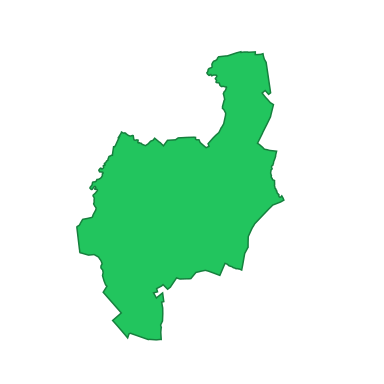 Braslavas pag., Alojas, Latvia, rotated 49°
{"feature_id": "27541924B13565408041411", "entity_name": "Braslavas pag.", "entity_type": "district", "adm_level": 2, "iso_a3": "LVA", "parent_name": "Latvia", "parent_adm1": "Alojas", "projection": "mercator", "projection_center": [24.998, 57.744], "detail": "fine", "context": "isolated", "style": "filled", "palette": "green", "viewbox_px": 384, "rotation_deg": 49, "n_neighbors": 0, "source": "geoboundaries", "source_scale": "gbopen_adm2", "svg_char_len": 5934}
<svg xmlns="http://www.w3.org/2000/svg" viewBox="0 0 384 384"><g transform="rotate(49 192 192)"><path d="M179.5,73.2L175.8,74.3L171.2,74.3L170.4,74.4L168.0,74.4L165.5,74.3L163.3,74.1L163.4,70.2L168.6,70.1L168.7,67.6L142.8,51.0L141.9,50.8L139.2,50.3L136.2,48.9L134.2,47.7L133.3,49.7L131.3,52.4L129.8,54.1L127.8,52.3L123.4,58.0L123.0,58.0L120.5,60.9L118.8,63.5L118.2,63.1L116.2,67.1L114.1,72.1L112.5,76.0L111.4,77.4L107.4,83.2L107.7,85.0L108.1,85.6L108.3,86.0L108.4,86.6L108.3,87.0L108.2,87.4L108.3,88.0L108.2,88.3L107.6,89.3L107.6,90.3L107.7,90.8L107.9,91.5L108.6,93.1L108.9,93.4L110.6,94.6L110.9,95.0L110.9,95.7L110.0,98.0L110.1,99.3L111.5,101.1L111.8,102.6L112.4,102.8L113.1,102.9L115.1,102.7L115.4,102.3L115.4,102.0L115.3,101.2L115.8,100.6L116.8,101.0L117.3,100.9L117.8,99.1L119.6,97.1L120.8,97.1L121.2,97.7L121.7,100.0L121.8,100.1L123.9,100.2L124.8,101.8L125.7,101.6L126.7,100.6L127.5,100.1L127.8,100.0L129.5,100.8L129.9,100.9L130.9,100.8L131.7,100.6L131.9,100.5L132.1,100.2L132.6,99.2L134.1,98.2L134.6,97.8L135.1,97.2L135.3,97.1L135.6,97.2L135.8,97.4L136.0,98.2L136.4,98.5L136.7,99.0L137.0,99.7L137.4,100.8L137.4,101.9L138.0,103.0L138.4,103.9L138.6,104.0L139.6,104.4L142.0,105.7L143.8,106.8L143.9,107.6L147.5,112.9L147.9,113.3L148.5,113.7L148.8,114.1L149.0,114.2L149.5,114.0L150.7,113.9L154.4,114.8L154.6,114.9L156.2,116.5L161.3,123.3L162.7,127.3L162.7,127.9L163.7,130.0L164.8,132.8L164.8,136.7L165.1,140.9L166.1,148.2L168.7,149.2L168.6,149.6L167.8,152.3L160.0,153.4L157.2,152.5L155.5,154.4L154.3,154.6L153.1,153.5L152.0,154.5L147.5,160.0L142.3,166.7L142.1,167.0L141.8,170.2L136.9,176.6L138.4,183.3L133.8,183.6L133.1,183.9L126.9,184.9L127.4,187.5L126.5,189.9L126.9,193.5L126.5,196.7L123.4,198.3L121.9,198.4L121.4,198.9L121.1,199.0L120.2,199.8L120.1,199.7L119.9,200.0L119.7,200.3L119.1,200.4L118.8,200.1L118.4,199.6L118.1,199.3L117.8,198.9L117.5,198.7L117.2,198.7L117.1,198.9L117.2,199.1L117.0,199.3L116.6,199.4L116.3,199.6L116.2,199.9L115.9,200.5L115.8,200.8L115.7,200.9L114.8,201.5L114.0,201.3L111.1,199.5L110.9,199.4L110.3,199.8L109.5,201.6L109.0,202.1L108.6,202.4L106.7,203.2L105.3,203.4L105.2,203.5L104.5,203.7L104.3,203.5L103.4,203.8L103.0,204.4L103.0,204.7L102.8,205.0L100.5,205.9L100.9,206.5L101.2,207.2L102.5,211.4L102.8,210.8L105.5,216.7L106.6,219.0L107.1,220.8L106.4,221.5L111.4,227.3L112.1,228.0L111.7,228.4L111.4,228.7L111.3,229.8L111.3,230.2L110.8,230.8L110.8,231.1L110.8,231.5L111.1,232.1L111.5,232.7L112.0,233.7L112.8,234.7L112.8,235.2L112.6,235.7L112.6,236.3L113.2,237.7L113.0,239.3L113.2,239.6L114.3,239.7L114.6,240.0L114.6,240.3L114.1,241.0L114.0,241.7L114.0,241.8L114.2,242.0L114.8,242.1L115.4,242.4L115.6,242.7L115.7,243.3L115.7,244.6L115.6,244.9L114.2,245.1L114.0,245.4L114.0,245.6L114.0,246.3L114.2,247.1L114.3,247.8L114.4,248.0L114.6,248.1L116.0,248.5L116.3,248.5L116.8,247.9L118.0,246.8L118.5,246.4L118.8,246.4L119.3,246.6L119.5,246.9L119.5,247.8L120.8,248.9L121.3,250.0L121.6,251.7L121.5,252.5L121.2,253.8L121.1,254.3L120.4,255.2L120.2,255.5L120.9,257.2L120.9,258.0L120.8,258.3L119.5,260.2L119.5,260.7L119.9,261.3L121.0,262.6L121.1,263.0L121.4,264.2L121.5,265.2L121.6,265.6L122.0,266.4L122.3,266.5L123.9,266.4L124.3,266.1L124.5,265.8L124.5,265.5L123.8,262.3L123.9,261.8L124.1,261.5L124.6,261.4L125.4,261.6L125.6,261.9L125.7,263.1L126.0,263.5L126.6,263.3L127.3,262.2L127.8,262.0L128.3,262.0L128.6,262.2L128.8,262.5L129.4,265.4L129.5,267.5L129.5,268.6L129.8,269.0L130.2,269.3L131.9,269.5L133.0,270.2L133.4,270.6L133.6,271.0L135.7,272.7L136.1,273.7L136.6,274.1L138.8,274.6L141.0,274.8L141.4,275.1L142.4,276.4L144.3,281.5L144.9,282.5L145.4,283.2L145.5,283.5L145.5,283.9L145.3,284.6L143.4,288.2L141.0,292.3L141.0,292.7L141.2,293.3L142.4,296.9L142.7,297.4L143.1,298.6L143.1,299.1L142.7,301.5L142.9,301.8L143.3,302.2L161.2,314.4L163.3,315.7L163.4,316.0L163.7,316.1L164.5,316.3L165.5,315.5L171.6,311.6L171.8,311.4L175.0,306.9L179.8,305.2L182.1,305.6L182.6,305.6L182.8,305.5L184.9,306.0L187.1,306.9L187.4,307.1L187.5,307.6L188.0,309.0L188.9,310.0L189.6,310.5L190.0,310.6L192.3,310.6L194.6,312.0L196.3,314.3L196.6,314.5L201.4,316.7L205.4,318.1L207.3,318.0L209.4,324.8L236.9,324.7L236.9,336.2L244.6,336.1L256.2,336.2L259.9,336.3L257.7,332.6L258.3,331.0L259.6,330.4L262.7,328.6L274.7,321.8L275.3,320.8L280.1,316.0L280.9,314.9L282.3,312.9L283.1,312.0L277.4,307.6L274.3,304.4L274.2,304.1L271.8,303.0L270.0,298.9L264.7,293.9L260.3,290.2L255.2,287.2L256.2,285.2L248.9,280.4L248.8,281.8L248.6,288.4L242.9,287.2L244.7,283.5L241.7,282.1L241.8,281.5L243.0,276.6L242.9,274.6L249.4,274.2L249.6,270.6L249.4,270.1L246.7,260.0L249.9,258.1L250.1,257.8L253.8,253.2L255.6,251.1L256.6,249.7L255.3,241.8L256.4,239.7L256.7,239.2L257.7,237.1L259.9,233.3L262.4,231.6L267.8,228.6L273.2,225.7L267.5,213.9L269.5,212.8L270.8,212.6L271.6,212.6L273.1,211.8L274.7,210.8L276.3,210.5L276.8,209.9L278.8,209.1L279.2,208.6L279.5,208.1L280.5,207.5L280.5,207.2L281.5,206.6L283.5,205.7L280.3,201.6L273.0,192.6L270.5,186.1L270.5,185.9L270.1,185.6L266.9,182.8L263.2,179.4L262.5,178.7L260.9,175.2L259.0,171.0L258.5,169.8L257.9,167.7L257.1,165.4L255.2,145.1L255.0,141.5L254.8,139.7L257.7,131.6L258.4,128.0L256.4,127.3L253.8,126.8L254.0,128.3L253.9,128.7L253.8,129.0L253.5,129.2L252.9,129.3L252.1,129.2L251.8,129.0L251.6,128.8L251.3,128.3L251.0,128.2L250.7,128.5L250.0,128.2L248.7,128.4L247.5,127.7L246.8,127.7L246.3,127.1L245.3,127.2L244.4,126.7L243.7,126.9L242.4,126.1L241.3,125.6L240.4,124.6L237.9,122.6L237.5,122.2L236.5,122.6L236.1,123.0L235.7,123.1L235.0,122.9L234.3,122.5L233.8,122.7L232.5,122.3L231.6,121.2L230.5,120.9L230.2,120.6L229.5,120.4L228.7,119.6L227.4,118.0L227.1,117.6L227.2,116.5L227.1,116.3L225.6,115.8L225.2,115.5L224.7,114.8L224.7,114.0L224.8,113.3L224.3,112.8L224.0,112.0L222.7,110.5L221.2,107.6L219.9,105.5L218.9,104.5L216.7,101.4L211.6,106.1L209.2,107.7L207.2,109.3L204.6,109.4L200.5,110.0L198.2,110.6L193.9,100.3L193.4,99.4L190.0,91.0L186.8,83.5L185.4,81.6L179.5,73.2Z" fill="#22c55e" stroke="#15803d" stroke-width="1.5"/></g></svg>